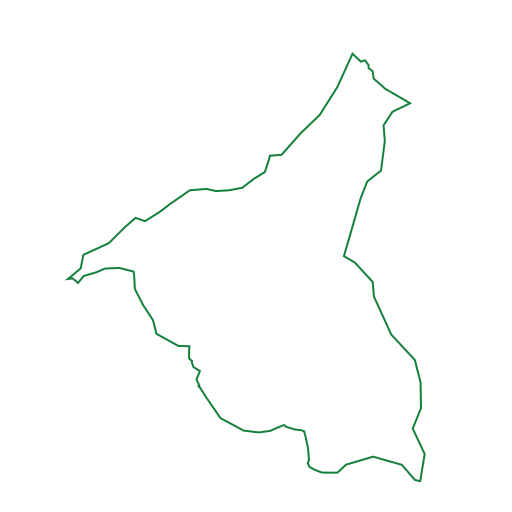 the district of Sam Gbalor, River Cess, Liberia, rotated 95°
{"feature_id": "62588387B40614732140726", "entity_name": "Sam Gbalor", "entity_type": "district", "adm_level": 2, "iso_a3": "LBR", "parent_name": "Liberia", "parent_adm1": "River Cess", "projection": "natural_earth1", "projection_center": [-9.418, 5.385], "detail": "fine", "context": "isolated", "style": "outline", "palette": "green", "viewbox_px": 512, "rotation_deg": 95, "n_neighbors": 0, "source": "geoboundaries", "source_scale": "gbopen_adm2", "svg_char_len": 1757}
<svg xmlns="http://www.w3.org/2000/svg" viewBox="0 0 512 512"><g transform="rotate(95 256 256)"><path d="M91.6,117.8L90.4,115.9L88.7,119.5L84.3,128.7L82.8,132.0L78.3,141.6L71.8,150.4L71.4,151.0L69.1,154.2L61.7,156.0L59.0,160.2L55.9,160.6L51.6,164.5L53.2,168.5L46.1,177.5L80.4,189.6L109.7,204.7L110.7,205.5L129.8,222.2L153.0,239.4L154.9,250.9L158.0,251.3L171.6,254.5L179.0,264.5L189.2,275.6L189.5,276.6L192.9,288.6L194.8,301.5L193.5,311.2L196.3,327.7L201.7,334.1L211.8,346.3L220.1,355.3L231.0,369.6L228.5,379.3L238.1,388.6L256.0,403.7L269.9,428.1L283.5,429.5L295.3,441.3L294.3,436.7L295.4,435.2L296.8,433.1L298.3,430.9L290.9,425.9L286.0,413.3L281.7,405.5L279.8,391.1L282.2,376.6L285.8,375.7L298.1,374.0L298.6,373.7L299.9,373.5L303.5,371.2L310.8,366.6L315.3,363.8L315.6,363.5L319.9,360.1L320.7,359.4L320.8,359.4L328.9,353.0L333.5,351.4L341.9,348.5L342.2,348.4L352.4,325.4L352.3,324.5L352.2,323.1L351.7,314.4L356.9,314.4L363.9,313.7L366.2,310.6L367.8,310.6L372.0,308.7L375.5,301.9L384.2,304.5L389.7,301.3L390.9,302.0L391.6,300.6L394.3,298.5L400.3,294.0L415.2,281.7L420.6,277.3L421.8,274.6L422.1,273.8L430.3,254.7L431.0,253.1L431.5,237.7L429.0,226.8L429.0,226.7L422.8,215.3L422.0,213.0L423.5,211.3L425.5,201.6L425.5,196.4L426.3,192.9L431.0,191.1L442.8,187.5L454.7,185.4L457.6,186.5L461.4,184.3L463.9,178.9L465.9,171.8L465.9,169.7L465.1,160.3L464.7,155.9L462.8,154.2L456.0,148.1L445.7,121.8L451.3,92.5L462.3,81.2L465.2,78.2L465.9,73.7L465.9,72.8L438.6,70.7L414.3,84.8L403.5,81.5L393.2,78.4L367.8,81.0L345.7,88.7L322.5,114.4L307.8,122.7L286.1,135.0L271.7,137.5L254.0,156.8L248.5,168.4L220.2,162.8L189.9,156.9L174.9,152.5L172.2,151.8L162.6,141.7L160.1,138.9L130.2,137.7L114.7,140.3L100.4,132.6L91.6,117.8Z" fill="none" stroke="#15803d" stroke-width="2"/></g></svg>